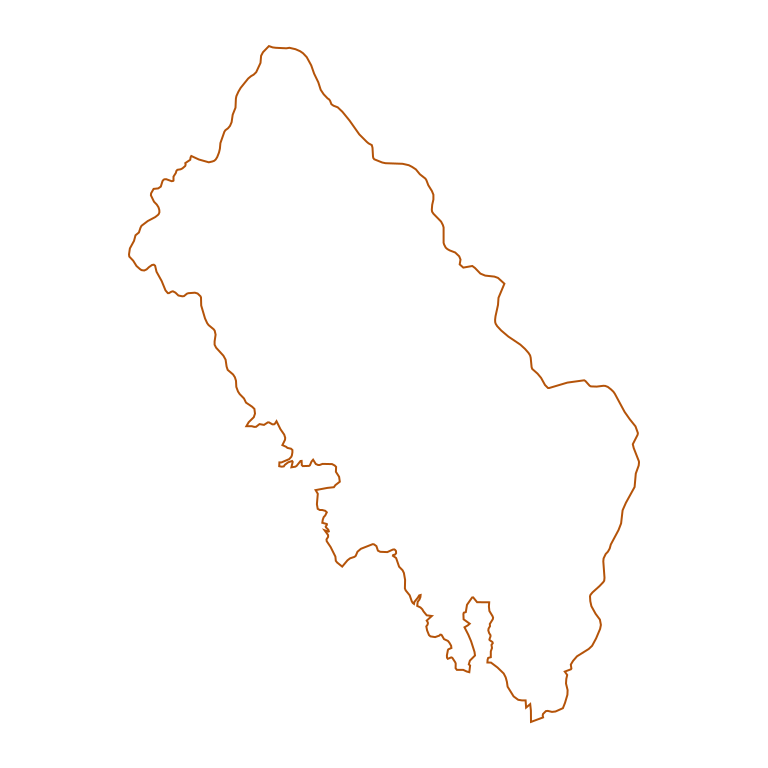 Tam Dao, Vĩnh Phúc, Vietnam
{"feature_id": "81297802B33900605812276", "entity_name": "Tam Dao", "entity_type": "district", "adm_level": 2, "iso_a3": "VNM", "parent_name": "Vietnam", "parent_adm1": "Vĩnh Phúc", "projection": "robinson", "projection_center": [105.582, 21.459], "detail": "fine", "context": "isolated", "style": "outline", "palette": "amber", "viewbox_px": 768, "rotation_deg": 0, "n_neighbors": 0, "source": "geoboundaries", "source_scale": "gbopen_adm2", "svg_char_len": 6100}
<svg xmlns="http://www.w3.org/2000/svg" viewBox="0 0 768 768"><path d="M637.9,433.1L635.5,426.4L629.8,419.3L624.6,411.9L614.8,393.7L613.4,391.7L611.0,389.4L607.8,386.9L605.2,385.9L603.3,385.8L596.7,386.6L590.9,386.4L589.6,385.7L585.4,381.0L584.2,380.3L567.4,382.6L549.2,388.0L548.0,388.0L545.0,385.0L541.1,377.9L537.6,373.7L532.2,368.9L531.6,367.1L530.7,357.8L530.1,355.4L528.5,352.9L525.0,348.9L520.3,344.6L508.4,336.6L501.2,330.5L497.2,326.2L495.7,323.8L495.2,322.2L495.1,319.7L495.5,316.3L498.0,304.9L498.5,297.8L504.4,283.7L498.0,277.9L494.4,276.6L485.2,275.6L480.4,273.6L475.0,268.0L472.3,266.0L463.3,267.6L459.7,264.4L460.5,259.6L459.2,256.3L455.2,252.5L449.7,250.4L447.4,249.1L445.7,247.6L444.1,244.5L443.6,242.8L443.6,227.5L442.9,225.1L441.1,221.6L433.4,213.7L432.1,211.7L431.8,209.8L432.2,204.8L433.4,199.5L433.4,194.7L431.9,191.0L428.3,185.2L426.4,180.2L425.4,178.6L419.9,174.3L415.9,169.4L412.1,166.9L408.8,165.2L402.6,163.8L385.5,163.2L382.2,162.5L374.3,159.3L373.3,158.0L373.0,156.5L372.5,147.8L371.8,145.1L368.6,143.4L366.8,141.9L359.3,134.4L349.5,120.5L342.5,111.9L337.7,107.3L333.5,105.7L331.4,104.2L330.1,100.8L329.1,99.4L327.6,98.4L323.7,94.3L320.7,89.8L318.3,82.3L314.1,73.6L311.2,65.3L306.7,57.1L303.0,53.2L300.1,51.2L295.5,49.2L289.4,47.8L286.4,48.3L275.9,47.8L272.7,47.4L268.9,46.1L263.0,52.2L261.1,55.8L260.5,62.9L256.2,72.2L253.6,74.7L251.1,76.1L248.2,78.5L240.7,87.8L238.4,91.7L236.4,96.1L235.9,98.6L235.5,107.7L232.7,114.7L231.6,122.2L230.0,125.9L228.0,128.3L225.4,130.2L224.4,131.7L220.4,143.1L219.9,148.7L219.0,152.5L217.2,157.1L215.7,159.5L214.2,160.8L212.3,161.5L208.8,162.3L198.9,159.5L191.3,156.0L190.6,157.3L190.2,159.8L185.3,163.1L185.6,164.7L185.2,166.0L182.4,168.4L180.6,169.3L177.4,169.8L176.4,170.9L175.8,173.0L173.5,176.6L173.5,180.6L173.2,180.9L171.7,181.2L166.2,179.2L164.5,179.3L163.6,179.7L162.5,181.1L160.8,186.6L158.2,188.4L153.6,188.9L151.1,193.3L150.9,195.3L154.0,201.7L156.8,204.6L158.5,207.3L159.3,210.0L159.4,212.3L158.8,213.9L158.0,214.9L155.2,217.1L147.8,221.0L141.5,225.8L140.5,227.7L138.9,232.5L135.5,235.3L134.0,240.9L129.9,248.4L129.0,254.4L129.3,256.6L133.2,260.7L136.5,266.0L140.0,269.1L141.5,270.1L144.2,270.5L146.6,269.4L148.9,267.2L152.0,265.0L153.8,264.7L155.1,265.7L156.5,271.7L161.7,281.1L165.5,290.4L167.8,293.1L169.0,293.1L171.4,291.7L172.9,291.3L175.4,292.6L178.4,295.5L182.3,296.3L184.0,296.1L186.9,293.7L188.3,293.2L194.9,292.7L197.6,293.5L200.5,296.3L201.0,297.5L201.2,305.5L205.0,318.4L207.2,323.2L208.6,325.1L213.7,329.3L214.7,330.7L215.6,334.7L214.6,341.4L214.6,344.7L216.1,347.7L223.4,355.7L225.6,359.7L226.6,366.6L227.7,369.9L233.1,374.5L234.9,377.3L236.0,380.8L236.3,386.9L238.0,391.5L239.7,394.1L244.0,398.5L246.0,402.6L252.2,406.8L254.4,408.9L255.0,413.6L253.8,417.2L248.7,422.2L246.4,426.2L251.8,426.2L254.3,426.9L256.1,426.8L259.5,424.1L264.0,424.9L267.8,422.4L269.0,422.4L272.3,424.3L274.1,424.3L275.0,423.6L276.5,421.2L280.5,429.3L284.2,434.6L285.2,437.8L285.0,439.8L282.4,445.1L286.3,446.9L287.4,447.9L291.0,448.7L292.4,450.0L292.4,452.4L291.9,455.3L291.3,456.8L289.2,459.1L281.5,462.4L279.4,462.4L279.2,466.2L281.7,466.7L283.8,466.4L284.9,464.8L288.2,462.3L292.1,461.0L292.7,461.9L291.4,467.3L295.3,466.7L296.6,465.9L300.5,461.0L301.6,460.9L301.8,465.1L302.8,466.1L309.0,465.9L309.9,465.3L311.5,461.6L313.1,459.7L315.8,464.0L318.1,465.0L319.6,465.0L322.5,463.9L332.1,464.1L334.7,465.5L336.1,466.9L335.9,471.8L339.1,476.8L339.8,481.7L335.4,485.1L333.9,487.2L327.4,487.9L315.6,490.1L317.8,493.8L316.9,504.2L317.7,508.8L319.8,510.0L322.2,510.0L325.2,510.8L326.8,512.3L325.2,515.5L323.7,517.1L322.8,519.6L322.3,522.8L326.8,524.0L326.9,524.8L325.7,526.6L325.9,527.3L328.3,529.7L328.8,531.4L328.3,531.6L324.6,530.3L328.1,535.1L328.1,536.9L326.5,539.4L326.7,541.2L330.6,547.0L335.4,556.6L335.8,560.8L337.1,562.5L342.2,566.6L347.5,560.3L350.1,558.3L354.4,556.9L355.7,555.9L357.5,551.7L360.9,548.8L372.6,544.2L373.9,544.3L376.4,546.1L377.9,550.6L380.2,551.8L387.3,552.1L392.8,549.6L394.2,549.4L395.1,549.9L396.0,551.1L396.1,553.2L395.0,554.6L393.2,555.0L392.9,555.8L396.1,558.0L399.1,566.7L402.6,570.3L403.9,573.0L405.1,579.9L404.9,588.4L405.7,590.4L409.7,595.3L411.8,601.4L412.8,603.0L414.0,603.9L414.4,601.9L417.8,597.7L419.2,595.4L420.6,595.0L420.4,597.1L419.4,599.6L417.7,601.8L417.2,605.9L420.5,607.5L422.3,609.3L423.5,611.4L426.7,615.3L431.8,616.0L426.7,620.6L427.8,622.4L427.9,623.5L427.5,624.8L426.3,626.4L427.1,630.4L429.0,635.1L430.5,636.4L435.1,637.1L439.4,635.6L440.2,634.7L441.0,634.7L441.7,635.1L444.0,639.1L447.9,640.9L449.3,642.6L451.1,645.7L451.4,648.0L448.4,649.3L447.9,650.1L446.9,655.4L447.0,657.7L447.8,658.8L451.2,657.4L452.3,657.8L455.3,662.4L455.7,663.6L455.6,668.2L456.9,669.9L463.3,669.9L466.7,671.5L469.3,672.2L470.1,665.5L468.8,664.4L469.9,660.6L475.0,655.5L474.5,651.9L471.1,641.3L468.3,634.7L464.5,627.3L467.9,625.3L469.7,623.7L463.6,619.3L463.4,614.0L463.8,612.7L465.8,612.1L467.0,604.8L472.1,597.5L473.2,597.4L477.1,602.2L489.2,602.3L488.9,606.5L489.4,611.0L492.5,616.1L493.1,617.7L492.8,619.2L489.8,624.0L490.0,626.2L488.6,628.5L488.3,630.4L489.1,633.0L490.5,635.2L490.5,636.4L489.4,639.4L489.6,640.1L492.4,642.0L492.8,643.1L491.5,644.9L492.0,648.0L490.8,651.4L490.8,657.2L488.2,657.9L487.6,659.7L487.4,662.5L491.0,662.6L497.5,667.5L503.7,673.5L505.7,677.4L506.9,681.8L507.6,686.7L513.6,696.4L518.2,699.8L521.9,700.4L525.6,700.4L526.1,707.6L530.2,704.1L530.9,710.5L531.0,721.9L543.1,717.4L542.7,715.6L543.0,714.0L545.9,711.1L547.8,710.9L552.0,711.9L555.5,711.5L562.9,708.2L565.0,702.9L567.4,694.8L567.6,690.1L566.0,683.5L566.3,678.9L567.2,675.0L564.8,671.6L570.9,669.3L571.4,668.6L570.8,664.6L573.1,660.8L577.0,656.3L588.7,649.0L592.1,645.8L596.1,638.4L600.1,628.9L600.9,624.9L599.9,619.6L595.6,613.8L591.4,606.2L590.3,601.2L590.0,596.3L590.5,594.8L592.5,592.4L599.5,586.1L603.3,582.1L604.2,580.7L604.5,577.8L603.3,561.3L603.6,558.4L605.7,554.0L607.9,551.7L609.7,548.5L610.8,544.5L618.5,530.1L621.1,523.4L622.6,510.3L625.9,502.8L634.6,487.0L635.8,473.5L638.7,465.5L639.0,462.5L638.9,461.3L633.7,448.0L632.8,444.2L637.6,434.8L637.9,433.1Z" fill="none" stroke="#b45309" stroke-width="2"/></svg>